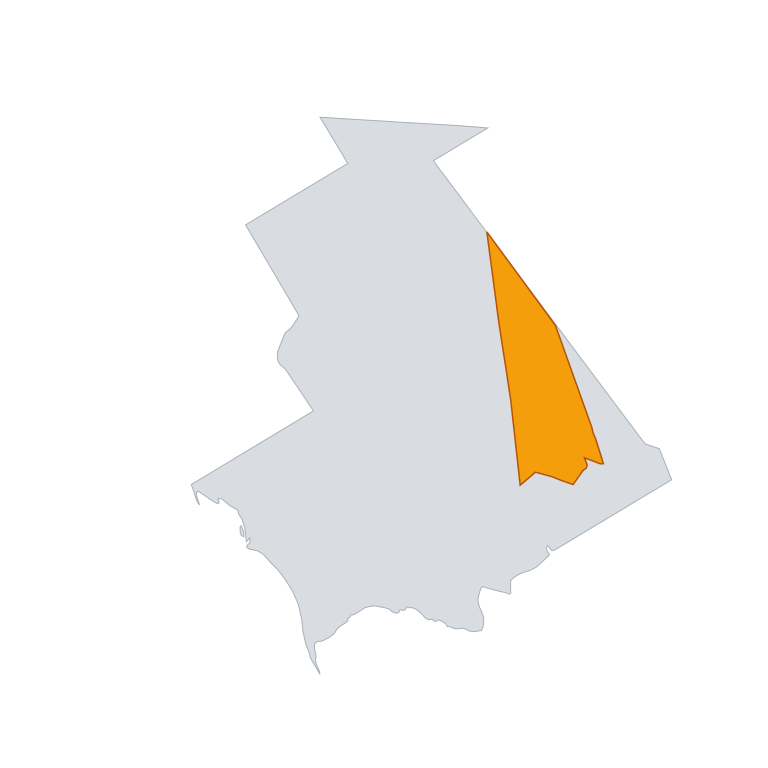 Oualata, Hodh ech Chargui, Mauritania shown in context, rotated 329°
{"feature_id": "47542326B56395627841614", "entity_name": "Oualata", "entity_type": "district", "adm_level": 2, "iso_a3": "MRT", "parent_name": "Mauritania", "parent_adm1": "Hodh ech Chargui", "projection": "robinson", "projection_center": [-7.469, 19.742], "detail": "fine", "context": "in_parent", "style": "filled", "palette": "amber", "viewbox_px": 768, "rotation_deg": 329, "n_neighbors": 0, "source": "geoboundaries", "source_scale": "gbopen_adm2", "svg_char_len": 3702}
<svg xmlns="http://www.w3.org/2000/svg" viewBox="0 0 768 768"><g transform="rotate(329 384 384)"><path d="M334.3,642.9L333.5,642.6L329.7,639.6L327.8,636.0L324.8,633.3L320.6,631.5L317.8,629.5L316.6,627.2L315.0,625.6L313.4,624.8L313.2,624.0L313.6,622.9L313.2,620.7L310.8,616.0L308.5,613.9L306.5,614.2L305.4,613.7L304.7,612.6L304.5,611.1L303.1,609.8L300.8,609.2L298.9,605.7L297.6,599.3L295.8,594.3L293.5,590.8L291.9,589.4L290.7,589.2L290.3,588.6L290.0,587.6L288.3,587.2L285.8,588.3L283.6,587.9L282.5,586.2L280.9,586.0L279.0,587.5L276.9,587.0L274.6,584.8L273.3,582.5L273.0,580.2L269.1,575.8L261.3,569.0L252.8,565.9L243.6,566.3L238.5,566.0L237.4,564.9L236.2,565.0L235.1,566.2L233.9,566.5L232.6,565.8L231.8,566.3L231.4,568.0L228.2,568.9L222.0,569.0L217.0,570.0L213.2,572.1L207.8,573.0L200.9,572.7L196.7,571.9L195.3,570.7L193.3,570.4L190.7,571.1L188.4,574.4L186.3,580.4L184.6,583.8L183.2,584.7L181.7,589.2L180.8,596.7L179.6,600.0L179.8,581.3L181.9,574.3L182.6,568.1L187.0,554.6L192.2,543.5L197.1,528.7L199.0,514.5L198.6,500.5L197.3,488.1L195.1,479.8L192.9,467.9L189.6,461.7L183.5,456.2L182.2,453.0L183.6,451.8L187.4,451.0L189.8,446.7L184.8,448.3L190.8,435.2L192.7,426.3L192.5,420.5L193.7,416.9L189.3,409.0L186.0,399.2L184.2,397.6L182.4,396.8L182.2,399.1L181.1,401.2L179.0,399.9L175.3,392.7L170.1,381.1L168.3,379.9L166.7,381.5L165.7,383.0L163.7,392.7L163.2,388.9L164.1,384.3L165.5,378.7L167.1,370.9L171.7,370.9L180.0,370.9L196.5,370.9L204.8,370.9L221.4,370.8L229.7,370.8L246.2,370.8L254.5,370.8L271.1,370.8L279.3,370.8L295.9,370.7L304.2,370.7L309.6,370.7L309.4,365.2L309.1,360.8L308.9,354.9L308.6,349.0L308.3,343.1L308.0,337.6L307.7,332.1L307.5,327.0L307.3,322.2L306.8,319.5L305.1,314.2L304.8,311.5L305.3,308.7L306.4,306.1L309.7,301.2L314.6,297.5L320.3,293.2L324.6,289.9L326.8,289.1L333.5,288.0L338.8,285.5L344.0,283.1L346.1,281.7L346.4,277.2L347.3,176.3L372.6,176.3L379.3,176.3L425.9,176.3L432.6,176.3L466.5,176.3L466.5,171.5L466.6,164.7L466.6,155.3L466.6,145.9L466.6,129.4L466.6,122.4L473.3,127.0L486.7,136.3L493.4,140.9L506.8,150.1L520.3,159.3L533.7,168.6L540.4,173.2L547.2,177.8L553.9,182.4L560.7,187.0L574.2,196.3L579.8,200.1L588.5,206.3L596.6,212.1L604.8,218.0L592.2,218.0L575.5,218.0L564.0,218.0L552.3,218.0L541.3,218.0L542.2,227.5L543.3,237.9L544.3,248.3L545.4,258.6L546.4,269.0L549.5,300.1L550.6,310.5L551.6,320.9L552.7,331.3L553.7,341.6L555.8,362.4L556.8,372.7L557.9,383.1L559.0,393.5L560.0,403.9L561.1,414.2L563.2,435.0L564.2,445.4L565.3,455.7L566.3,466.1L567.4,476.5L568.4,486.8L569.5,497.2L570.5,507.6L572.7,528.3L573.7,538.7L574.8,549.1L575.8,559.5L576.9,569.5L581.2,574.8L586.7,581.4L585.1,590.8L583.3,602.0L581.2,614.2L566.1,614.2L551.2,614.2L514.0,614.2L506.6,614.2L469.4,614.2L462.0,614.2L447.6,614.2L443.4,614.0L441.9,613.0L441.3,606.7L440.1,607.1L438.6,609.0L437.8,611.0L438.0,613.6L437.8,615.8L433.0,616.7L426.6,618.2L419.8,619.4L412.9,618.9L410.6,618.4L408.1,617.6L402.6,616.7L399.7,616.6L396.2,616.8L392.2,617.3L390.9,618.5L387.9,623.2L384.9,628.7L383.0,628.6L380.9,625.6L375.0,620.0L367.9,612.6L364.6,608.9L362.9,608.4L359.5,611.0L356.6,613.6L353.5,617.2L352.0,620.6L350.9,624.7L350.4,629.5L349.2,635.1L346.7,639.7L343.8,643.1L341.6,644.7L340.7,645.6L334.3,642.9ZM187.5,438.6L185.1,442.7L184.1,441.1L183.7,438.5L185.8,434.6L186.8,432.7L188.6,431.9L187.5,438.6Z" fill="#d9dde1" stroke="#a8b0b8" stroke-width="1"/><path d="M495.1,437.0L484.2,463.4L448.6,540.9L450.5,540.6L468.4,537.6L480.5,550.3L486.4,558.1L494.3,567.6L502.6,563.9L510.1,560.6L514.1,560.3L516.5,557.9L517.8,550.5L528.4,563.9L531.0,565.3L532.6,559.0L537.2,539.7L537.3,538.7L538.2,532.9L539.7,528.6L561.1,422.1L550.5,306.6L514.9,388.6L511.7,396.3L495.1,437.0Z" fill="#f59e0b" stroke="#b45309" stroke-width="1.5"/></g></svg>